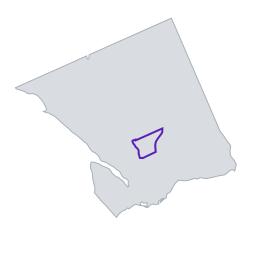 where Al Minya sits in Egypt, rotated 156°
{"feature_id": "EGY-1545", "entity_name": "Al Minya", "entity_type": "Governorate", "adm_level": 1, "iso_a3": "EGY", "parent_name": "Egypt", "parent_adm1": "", "projection": "natural_earth1", "projection_center": [30.491, 28.195], "detail": "fine", "context": "in_parent", "style": "outline", "palette": "violet", "viewbox_px": 256, "rotation_deg": 156, "n_neighbors": 0, "source": "natural_earth", "source_scale": "10m", "svg_char_len": 3547}
<svg xmlns="http://www.w3.org/2000/svg" viewBox="0 0 256 256"><g transform="rotate(156 128 128)"><path d="M214.5,210.6L209.8,210.6L205.1,210.6L200.4,210.6L195.6,210.6L190.9,210.6L186.2,210.6L181.5,210.6L176.8,210.6L172.1,210.6L167.4,210.6L162.7,210.6L158.0,210.6L153.2,210.6L148.5,210.6L143.8,210.7L139.1,210.7L136.4,210.7L136.9,209.1L137.2,208.1L136.8,207.3L135.9,207.1L135.3,207.4L133.9,210.5L133.2,210.7L131.5,210.7L126.0,210.7L120.5,210.7L115.1,210.7L109.6,210.7L104.1,210.7L98.6,210.7L93.1,210.7L87.6,210.7L82.1,210.7L76.6,210.7L71.2,210.7L65.7,210.7L60.2,210.7L54.7,210.7L49.2,210.7L43.7,210.7L43.8,206.8L43.8,203.0L43.8,199.1L43.9,195.3L43.9,191.5L44.0,187.6L44.0,183.8L44.0,179.9L44.1,176.1L44.1,172.2L44.2,168.4L44.2,164.6L44.3,160.7L44.3,156.9L44.3,153.0L44.4,149.2L44.4,145.3L44.5,141.5L44.5,137.7L44.6,133.8L44.6,130.0L44.7,126.1L44.7,122.3L44.8,118.4L44.8,114.6L44.9,110.7L44.9,106.9L45.0,103.1L45.0,99.2L45.1,95.4L45.1,91.5L45.2,87.7L45.1,87.0L44.3,84.3L43.6,81.0L42.9,76.9L42.8,75.6L41.6,71.4L41.5,70.2L41.8,69.4L44.0,65.8L44.7,64.1L45.3,62.0L45.5,60.4L44.9,57.8L44.2,55.5L44.0,53.1L43.9,50.8L45.0,49.2L46.3,47.7L46.8,46.8L47.6,45.8L48.1,45.3L49.2,47.4L51.3,47.8L58.5,45.9L66.4,47.8L70.8,48.5L77.4,50.1L81.5,52.9L82.6,53.3L85.6,53.2L87.5,54.9L95.2,55.7L99.2,57.5L101.6,59.0L103.0,59.5L104.2,59.4L105.9,58.8L108.0,57.8L110.3,56.3L115.0,52.6L116.7,52.0L117.8,52.2L119.1,52.1L119.7,51.1L120.4,50.4L120.8,49.7L121.5,48.7L124.0,48.4L128.9,46.8L128.4,47.6L123.9,49.4L125.8,49.6L127.8,49.0L130.0,48.6L130.4,47.9L130.7,46.4L131.2,46.2L132.7,46.5L137.3,48.7L138.5,48.7L141.7,47.5L142.4,47.3L143.5,47.9L145.9,50.7L145.1,50.6L142.5,48.3L142.3,49.5L140.8,51.5L142.6,52.4L144.1,52.8L144.9,53.9L145.4,55.0L146.9,54.5L148.0,53.1L147.4,52.3L147.0,51.5L147.5,51.5L148.5,52.2L151.5,54.8L152.5,55.4L153.6,55.3L156.0,54.5L156.7,54.6L159.9,53.7L160.2,54.4L160.8,55.1L163.3,54.3L167.4,54.3L170.7,53.4L174.5,51.3L174.8,51.0L175.0,51.5L175.5,53.0L176.7,56.6L177.7,59.5L179.0,63.5L179.4,65.0L179.6,66.0L181.5,70.4L182.6,74.0L183.4,76.9L184.5,81.1L185.0,82.6L184.3,83.4L182.7,86.2L181.1,94.9L178.8,101.8L178.5,106.1L178.2,107.6L177.0,109.8L175.7,111.9L173.2,110.8L169.1,107.1L166.7,103.5L164.2,101.2L161.8,98.2L161.1,96.0L161.2,94.6L160.1,91.2L159.3,89.5L156.4,85.9L155.6,83.9L154.9,83.1L154.3,81.9L153.2,77.1L152.1,74.1L150.8,74.9L151.0,76.2L149.9,78.0L149.2,80.0L149.7,81.6L152.1,84.2L152.6,85.3L153.1,87.7L153.1,90.9L153.5,92.0L155.2,94.4L155.9,95.9L156.3,97.1L156.9,98.2L158.6,100.3L161.2,104.3L163.6,107.0L165.4,108.3L166.1,109.7L166.3,113.0L166.2,114.6L167.7,117.7L168.3,119.2L169.8,120.4L170.5,121.9L171.1,124.2L172.1,131.0L173.4,132.7L177.5,141.7L180.9,147.4L182.5,151.7L185.1,156.9L190.0,168.2L193.0,171.8L194.1,173.7L196.2,175.2L198.5,177.4L196.4,177.2L195.8,177.4L195.1,177.7L194.7,179.1L194.6,180.2L194.9,185.9L195.5,188.8L197.5,194.4L198.9,196.1L199.6,197.1L200.6,197.9L205.2,199.8L207.9,203.8L213.9,208.9L214.5,210.3L214.5,210.6Z" fill="#d9dde1" stroke="#a8b0b8" stroke-width="1"/><path d="M96.8,113.6L97.9,111.2L98.6,110.1L99.6,109.3L106.1,105.6L108.3,103.9L110.1,101.3L112.4,94.9L126.8,94.5L127.0,94.8L129.3,95.7L128.8,99.8L128.7,100.2L128.7,100.4L128.0,101.6L127.6,102.8L127.5,103.2L127.5,103.5L127.6,104.4L127.7,105.2L127.7,105.4L127.8,105.6L128.5,107.2L128.8,107.9L128.8,108.3L129.0,109.9L129.0,110.3L129.4,111.2L129.4,111.6L129.5,112.1L129.5,112.5L129.5,112.8L129.2,114.4L127.7,114.6L126.8,114.2L126.7,114.2L126.1,114.4L125.8,114.4L125.4,114.2L125.5,114.0L125.7,113.6L96.8,113.6Z" fill="none" stroke="#5b21b6" stroke-width="2"/></g></svg>